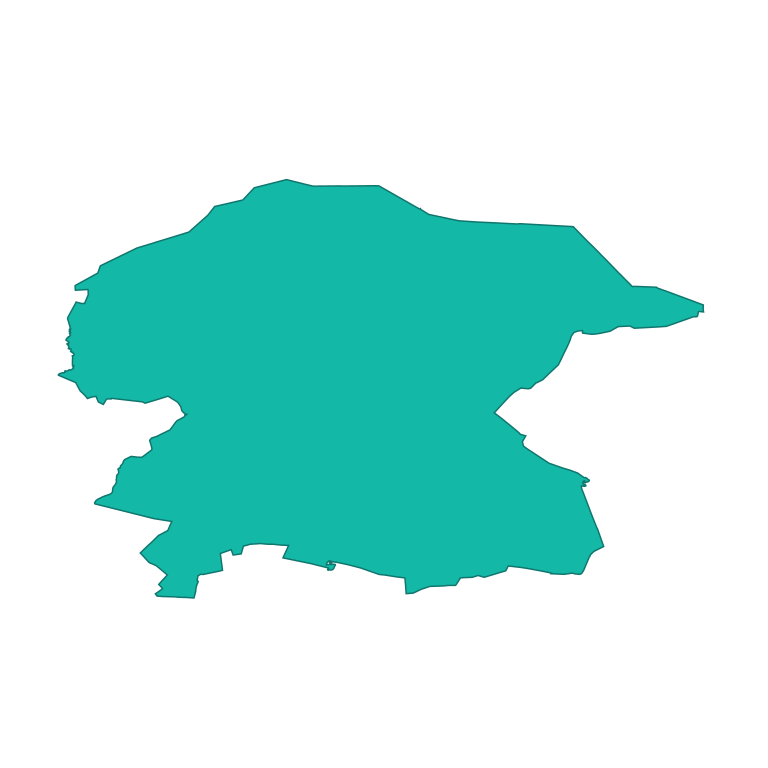 Vilces pag., Jelgava, Latvia, rotated 176°
{"feature_id": "27541924B72553882676759", "entity_name": "Vilces pag.", "entity_type": "district", "adm_level": 2, "iso_a3": "LVA", "parent_name": "Latvia", "parent_adm1": "Jelgava", "projection": "robinson", "projection_center": [23.537, 56.394], "detail": "fine", "context": "isolated", "style": "filled", "palette": "teal", "viewbox_px": 768, "rotation_deg": 176, "n_neighbors": 0, "source": "geoboundaries", "source_scale": "gbopen_adm2", "svg_char_len": 6097}
<svg xmlns="http://www.w3.org/2000/svg" viewBox="0 0 768 768"><g transform="rotate(176 384 384)"><path d="M199.7,181.6L197.8,184.2L191.4,196.9L190.7,197.7L189.9,199.3L186.4,202.3L176.2,206.6L181.2,224.8L181.9,226.2L186.0,239.1L191.7,258.1L194.1,265.8L194.3,267.1L194.1,268.6L193.9,268.8L192.8,268.2L190.8,268.0L190.2,268.1L189.9,268.2L189.7,268.5L189.7,268.8L189.9,269.2L190.3,269.4L191.2,269.5L191.6,269.7L192.0,270.4L192.1,270.8L192.3,271.1L192.8,271.4L192.8,271.5L192.5,272.3L191.5,273.3L190.7,273.4L190.7,273.0L191.0,271.5L190.9,271.4L190.3,271.3L189.7,271.8L189.3,271.9L187.5,272.2L186.6,272.5L186.3,272.8L185.9,273.4L186.1,274.0L187.3,274.7L188.1,275.7L189.6,276.7L190.1,276.5L191.0,276.7L197.1,281.7L204.6,285.1L211.6,287.7L225.0,293.5L225.8,294.1L226.1,294.4L245.4,309.1L248.9,312.0L249.2,312.5L250.0,316.7L246.2,322.4L251.7,324.3L251.9,325.0L255.3,328.5L269.8,342.1L276.0,347.5L271.4,352.0L259.7,362.9L254.8,366.7L247.5,370.5L247.4,370.3L240.5,369.2L238.1,369.5L236.6,370.7L232.7,374.2L229.0,375.6L225.2,377.3L219.7,382.0L208.9,390.8L206.4,394.9L202.3,402.2L199.7,406.5L197.0,411.4L195.0,415.4L194.5,417.1L193.6,418.9L190.9,422.2L186.8,423.3L182.3,423.5L182.4,421.1L182.3,420.9L173.2,419.1L169.5,419.1L164.6,419.5L154.7,420.9L150.0,423.2L146.2,424.9L145.8,424.9L135.0,424.7L134.5,424.6L130.5,422.2L105.5,421.8L98.3,421.8L71.0,429.4L70.4,429.5L67.9,429.3L67.1,429.4L66.7,429.7L66.4,430.1L65.3,434.2L64.9,434.4L60.2,433.6L60.4,436.3L60.0,440.6L96.9,457.3L97.2,457.4L104.2,460.5L104.8,460.8L105.3,461.5L113.3,462.4L127.1,463.9L128.6,463.9L129.4,463.8L136.2,471.6L140.4,476.6L141.9,478.2L152.9,491.3L158.3,497.5L160.9,500.7L166.5,507.1L171.7,512.9L182.9,526.1L184.0,527.6L185.2,527.9L237.1,534.4L238.9,534.4L239.8,534.3L266.1,537.5L278.4,538.9L297.4,541.5L303.7,543.2L327.4,550.0L327.9,550.3L334.5,555.1L335.1,555.6L335.5,556.4L336.0,556.0L336.7,556.3L375.3,582.0L377.9,582.3L405.6,584.0L418.2,584.9L440.9,586.3L450.2,589.2L467.0,594.7L499.7,588.8L512.0,577.4L540.5,572.9L547.9,564.7L568.0,549.2L621.2,536.8L658.7,521.7L661.8,514.6L685.2,503.8L685.4,500.4L685.3,499.1L672.8,498.9L672.6,498.7L672.8,493.7L676.6,486.1L677.0,485.7L677.0,485.2L680.0,485.4L685.5,487.2L685.7,486.6L694.7,472.6L695.1,471.3L693.1,462.4L693.4,461.2L692.7,460.7L693.1,460.3L694.2,459.8L693.8,459.2L693.4,458.9L694.1,458.3L694.3,458.0L694.1,457.8L693.7,457.6L693.2,457.6L693.0,457.4L693.0,456.9L693.2,456.7L694.1,456.3L693.4,454.6L693.6,454.3L694.2,453.9L694.3,453.4L694.5,453.2L695.7,453.0L695.7,452.8L695.6,452.6L695.8,452.3L696.9,452.0L697.6,451.0L697.9,450.8L698.2,450.1L698.1,449.8L696.8,449.0L696.1,448.3L695.6,447.9L695.4,447.5L695.5,447.0L695.8,446.7L696.2,446.5L697.2,446.5L697.5,446.1L697.3,445.7L697.0,445.4L696.6,445.2L696.1,445.1L696.0,444.8L696.0,444.6L696.3,444.2L696.0,443.4L695.7,442.9L695.7,442.6L695.6,442.0L696.4,441.6L696.2,441.1L695.7,441.0L695.2,440.8L694.5,440.9L693.7,440.7L693.6,440.1L694.0,439.4L693.9,438.9L694.3,438.3L693.7,437.9L693.5,437.6L693.2,437.5L692.6,437.5L692.4,437.4L692.4,436.8L691.6,436.1L691.2,435.6L691.1,435.3L691.3,434.3L692.0,434.0L692.9,433.9L693.0,433.4L692.7,432.6L693.1,429.6L693.5,424.5L692.2,423.9L693.3,422.8L692.6,422.2L692.5,421.8L692.9,421.2L695.3,419.8L696.2,419.9L696.9,420.2L698.6,419.2L699.8,419.0L700.8,419.3L701.5,419.2L701.5,418.8L701.2,418.3L701.2,418.1L702.5,417.6L703.9,417.6L706.4,417.1L707.4,416.7L708.0,416.0L707.5,415.7L707.9,415.3L691.4,406.9L687.9,399.0L687.2,397.9L683.4,393.8L681.7,391.5L680.9,390.2L678.2,390.9L677.9,391.2L672.2,391.8L670.1,385.9L665.4,383.2L662.0,388.1L661.5,388.3L660.7,388.4L658.8,388.3L657.2,388.1L656.7,388.7L626.1,383.0L623.7,381.5L609.5,384.7L600.3,386.9L593.3,381.9L591.6,380.6L590.7,379.7L588.9,376.6L588.2,375.1L587.6,371.7L586.6,370.2L584.7,368.1L584.6,367.6L582.8,367.6L583.0,367.1L584.7,367.0L585.1,366.0L585.4,365.4L586.4,364.8L592.2,362.2L593.3,361.6L594.8,360.1L598.9,355.2L600.8,353.1L610.3,349.3L612.5,348.3L615.0,347.4L619.3,346.4L620.0,346.0L621.7,344.2L621.4,342.5L620.9,340.7L620.3,337.5L620.0,335.6L620.3,334.5L629.6,328.4L631.0,327.8L634.9,328.2L640.2,329.2L641.1,329.4L642.1,329.1L647.7,326.8L648.7,326.0L649.5,324.9L649.7,323.7L650.4,322.7L652.7,320.5L652.8,319.0L654.4,318.4L655.3,317.7L655.3,317.4L655.0,316.4L654.8,314.7L655.2,313.1L656.6,312.0L657.0,311.2L657.5,308.0L657.9,307.2L657.6,305.0L657.9,304.4L658.2,304.0L659.0,302.5L660.3,301.2L661.5,299.7L661.9,298.3L662.4,295.5L662.7,294.8L663.2,294.3L663.9,293.8L665.1,293.1L670.3,291.8L672.7,291.0L677.7,288.9L679.2,288.0L681.0,285.7L680.8,284.7L680.6,284.5L623.1,265.8L605.3,261.7L609.9,252.9L619.4,248.7L626.9,242.3L631.6,238.6L638.9,232.4L637.2,230.4L630.8,222.3L623.9,218.7L613.4,208.6L618.9,203.5L622.7,199.8L619.2,195.5L619.3,195.3L621.1,194.0L626.7,190.6L625.1,188.2L622.1,187.9L620.5,187.5L607.0,186.2L604.3,185.7L598.0,185.0L597.5,185.2L597.4,185.0L588.5,183.8L586.4,190.0L585.7,193.9L584.7,196.7L583.2,199.6L583.1,200.0L584.2,201.0L582.9,205.7L580.0,207.0L577.8,206.6L562.8,208.6L558.1,209.4L559.1,226.3L553.5,227.9L548.0,229.4L546.4,223.9L538.3,224.5L535.5,232.2L535.3,232.1L528.4,233.5L519.8,233.4L519.4,233.6L511.3,232.3L505.9,231.9L498.0,230.5L490.4,229.6L496.9,217.6L469.4,209.9L453.1,204.6L452.6,204.5L452.5,204.2L452.2,204.2L452.0,203.6L453.1,203.1L453.1,202.4L452.7,202.2L451.7,202.3L449.6,202.1L448.4,202.3L447.6,202.9L447.0,203.5L446.0,205.6L445.2,206.5L445.1,207.0L445.3,207.4L446.1,207.7L452.4,207.8L454.2,207.6L454.2,208.0L453.2,209.8L452.1,210.9L451.1,211.3L449.9,211.5L449.7,211.3L449.9,211.0L450.4,210.6L450.9,209.8L450.6,209.3L449.5,209.0L448.8,209.2L448.3,209.6L448.4,210.5L447.1,210.2L441.6,208.9L432.0,206.1L420.1,202.1L402.5,194.5L399.7,193.9L397.0,193.5L384.9,190.7L376.7,189.1L376.5,182.5L376.5,173.3L369.3,173.4L361.3,176.6L352.3,178.9L338.7,178.4L334.1,178.6L326.8,178.1L326.5,178.3L326.1,178.7L321.2,185.3L319.0,185.2L318.4,185.3L309.5,185.0L303.5,186.4L297.5,184.2L275.5,189.2L272.8,193.8L260.9,191.6L254.2,190.1L243.6,187.4L233.2,184.6L230.3,183.6L230.6,183.4L230.7,183.1L217.6,181.6L209.3,182.2L206.6,181.2L202.0,180.5L200.9,180.8L199.7,181.6Z" fill="#14b8a6" stroke="#0f766e" stroke-width="1.5"/></g></svg>